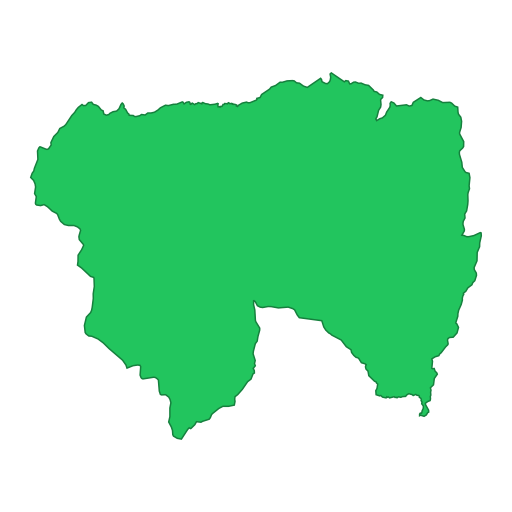 Mongua, Boyacá, Colombia
{"feature_id": "7082276B23995314387888", "entity_name": "Mongua", "entity_type": "district", "adm_level": 2, "iso_a3": "COL", "parent_name": "Colombia", "parent_adm1": "Boyacá", "projection": "natural_earth1", "projection_center": [-72.676, 5.698], "detail": "fine", "context": "isolated", "style": "filled", "palette": "green", "viewbox_px": 512, "rotation_deg": 0, "n_neighbors": 0, "source": "geoboundaries", "source_scale": "gbopen_adm2", "svg_char_len": 6006}
<svg xmlns="http://www.w3.org/2000/svg" viewBox="0 0 512 512"><path d="M82.0,104.5L78.3,107.4L76.3,109.8L74.7,112.4L71.8,115.5L65.8,124.6L64.1,126.2L59.8,128.5L57.8,132.5L53.8,136.5L50.9,142.6L51.2,145.0L48.6,148.7L47.6,149.3L46.3,149.3L40.4,146.9L39.7,146.9L38.8,148.0L37.5,151.0L37.9,159.4L34.4,168.3L33.8,171.0L32.2,173.2L30.7,177.5L33.6,180.4L35.1,183.9L35.6,187.0L34.6,193.6L36.3,196.6L35.4,203.1L35.7,204.2L36.6,205.0L40.6,205.6L44.1,204.6L47.5,206.7L52.2,211.1L56.6,213.4L57.6,214.5L59.4,219.2L60.7,221.4L64.3,224.5L68.4,225.5L74.0,225.5L77.5,226.9L80.0,228.9L80.6,230.4L79.2,235.2L78.9,236.8L79.3,239.6L83.4,244.5L83.6,245.5L81.6,249.8L78.1,255.2L78.0,261.6L77.5,265.1L81.6,268.0L90.5,276.4L93.7,277.4L94.0,278.3L94.3,286.6L93.2,293.8L93.3,298.5L92.2,307.4L91.6,310.3L90.6,312.6L86.4,317.1L84.4,325.5L85.2,332.5L86.1,333.9L88.8,336.0L91.7,336.2L98.1,339.0L103.4,343.0L109.2,348.7L122.6,360.2L126.0,365.1L127.0,368.1L133.0,365.7L137.6,365.0L140.0,365.3L140.7,366.7L140.1,375.1L141.1,377.7L141.9,378.5L142.9,378.9L153.8,377.2L155.4,377.5L157.4,378.9L158.4,380.0L159.3,391.1L160.4,394.4L161.6,394.9L165.6,394.7L168.8,397.1L170.1,399.6L170.9,402.8L169.9,408.0L169.9,416.6L168.7,422.0L171.4,427.1L172.5,430.5L172.8,434.7L173.5,436.1L177.2,438.3L181.4,439.1L187.7,429.4L189.2,427.8L190.6,428.6L191.0,428.4L194.8,424.7L196.5,421.7L201.0,422.2L202.6,421.3L209.2,419.2L210.3,417.7L211.6,414.5L212.7,413.4L218.9,408.4L222.9,406.3L228.6,406.3L234.3,405.1L235.0,401.5L234.7,399.1L235.0,396.7L237.7,394.6L242.3,389.4L247.6,381.7L251.0,379.1L253.0,373.9L254.4,373.0L254.3,370.6L253.2,368.4L255.3,365.8L254.5,363.6L255.2,360.5L253.1,353.8L253.4,351.2L255.3,343.7L257.2,341.1L257.9,336.7L259.7,330.1L259.7,328.1L255.8,321.7L255.4,320.4L254.8,309.9L253.6,304.8L253.6,300.7L254.0,300.6L255.3,301.7L257.4,305.7L260.1,307.1L262.6,307.5L268.1,306.5L271.2,306.6L278.4,307.9L288.2,307.1L292.7,308.6L294.6,309.8L297.2,314.9L299.3,317.7L321.8,320.7L323.8,327.0L325.8,330.1L328.8,333.0L330.4,333.8L331.8,335.1L341.2,340.0L346.3,346.7L351.0,349.7L351.6,352.5L353.8,355.4L356.1,357.4L357.4,357.6L358.7,358.4L361.4,362.7L365.0,363.8L366.2,364.7L365.5,366.4L365.6,367.6L366.1,369.2L368.0,371.1L368.8,375.7L374.5,381.2L376.1,381.9L376.5,383.0L377.7,384.0L377.0,388.5L375.8,390.7L376.1,394.7L379.7,395.9L380.8,395.5L382.5,397.1L386.1,397.9L386.8,396.8L387.4,397.3L388.3,396.9L389.6,397.9L394.2,396.7L395.1,397.5L396.1,397.2L397.0,397.8L398.5,396.8L400.8,397.3L402.5,396.6L405.6,396.4L406.8,394.9L408.8,393.7L412.2,394.6L413.2,395.5L415.8,394.4L417.0,395.3L418.8,395.5L419.3,396.2L419.3,397.2L420.9,398.4L421.3,399.3L421.1,400.6L422.0,402.1L421.7,403.8L423.3,405.9L423.3,408.3L422.1,410.9L421.8,412.7L421.5,413.2L420.3,413.1L419.6,414.1L419.6,415.7L420.6,415.2L424.1,416.3L426.4,414.9L427.6,412.7L428.7,412.1L428.6,410.2L425.6,404.8L425.3,403.3L427.8,401.5L430.1,400.6L430.5,398.9L430.3,396.6L430.8,395.1L430.6,392.1L431.0,390.2L430.4,387.8L433.5,384.8L434.3,378.5L437.3,374.2L436.8,372.9L435.0,371.0L434.2,368.5L432.5,368.7L431.8,368.3L432.5,361.3L431.8,358.9L435.1,356.8L438.8,355.7L439.8,353.8L441.1,352.8L445.6,346.9L447.9,344.6L448.1,343.6L447.5,340.2L447.9,338.6L449.5,337.5L453.2,337.2L457.0,333.0L458.5,327.4L456.7,323.7L455.9,323.2L455.8,322.6L457.8,316.3L457.9,313.6L458.7,310.1L461.2,304.5L462.4,300.1L462.3,298.1L463.0,295.5L463.7,294.6L463.4,293.2L465.8,291.3L467.8,287.9L471.9,284.8L472.8,282.6L474.8,280.7L476.5,275.3L476.3,273.1L474.3,269.6L474.1,267.6L477.0,260.8L477.2,252.4L479.6,246.7L479.7,242.9L481.3,235.8L481.1,232.9L480.3,232.6L473.8,235.6L468.7,236.7L466.7,236.7L463.9,235.5L461.9,235.2L464.3,230.9L464.4,229.3L463.0,224.6L463.0,223.0L463.3,221.2L465.0,218.0L464.7,214.0L466.6,210.9L467.7,204.7L468.0,200.9L467.8,194.6L468.1,192.6L469.5,188.7L469.1,185.8L469.9,177.7L469.1,173.3L465.9,172.5L465.0,171.7L462.3,167.4L461.8,162.3L459.5,154.6L459.3,152.7L459.7,150.8L462.6,148.1L463.6,146.5L463.7,141.6L459.6,133.9L459.6,132.3L461.1,127.5L461.6,121.4L460.8,117.2L458.5,114.2L458.0,112.2L457.7,107.1L454.7,106.1L451.6,103.1L449.9,102.3L442.7,102.6L438.3,100.3L433.0,99.1L429.7,100.6L427.6,100.9L424.0,100.0L420.8,97.5L413.3,102.3L411.9,105.5L409.2,106.1L406.5,104.8L396.5,106.0L393.9,103.0L391.2,101.8L390.1,103.3L390.2,105.7L389.8,107.3L386.7,112.0L385.4,115.3L382.4,117.9L379.8,118.7L376.7,120.6L375.8,118.9L377.0,116.8L378.6,110.3L380.6,107.2L381.0,104.6L380.6,100.0L380.9,99.2L382.6,97.5L382.8,95.2L379.5,94.4L376.8,92.0L374.1,91.4L373.4,90.1L368.6,85.4L365.1,84.8L361.1,83.1L358.7,83.3L355.4,82.0L353.6,82.2L351.0,83.8L349.7,83.9L348.4,81.1L345.8,80.6L344.3,81.8L331.3,72.9L330.1,74.0L330.7,77.3L330.2,80.4L329.4,81.9L327.4,83.7L325.5,83.5L322.0,81.7L321.5,79.4L320.6,78.3L307.3,87.4L303.5,86.1L299.5,83.2L296.5,82.8L294.2,80.9L292.5,80.6L287.0,80.9L282.3,82.3L280.1,82.2L275.6,85.5L271.2,87.1L269.6,89.1L261.6,94.5L260.1,97.5L256.8,98.4L257.0,99.3L256.3,100.1L250.0,102.7L248.2,102.8L246.5,102.1L242.2,103.1L238.3,105.4L237.6,106.5L236.4,106.0L236.6,105.0L234.8,104.3L233.3,104.4L232.8,103.7L232.2,104.1L231.6,103.4L229.8,103.7L228.7,102.7L228.2,102.8L227.6,103.8L224.7,103.5L224.2,104.4L223.1,104.4L222.0,106.4L220.7,106.4L220.5,107.0L219.8,107.1L219.4,106.6L218.1,106.8L217.8,105.1L218.2,103.8L217.6,103.4L215.1,104.2L209.9,104.8L208.0,104.0L205.4,103.7L202.7,102.5L202.1,102.8L201.8,103.8L198.2,102.6L197.2,103.6L195.8,103.7L194.7,104.6L192.2,103.1L190.7,104.4L190.3,104.3L189.8,102.4L189.0,101.8L186.4,102.3L184.1,103.9L182.9,102.1L182.3,101.9L176.7,104.2L173.3,104.3L168.4,105.6L165.5,105.2L160.4,107.8L158.0,110.0L154.5,112.2L151.1,113.0L147.8,113.0L145.1,115.0L141.5,114.5L139.8,115.7L135.9,116.6L134.6,116.5L133.2,115.5L129.2,115.3L128.9,114.1L127.6,113.0L125.6,109.3L123.9,107.9L123.8,107.2L124.2,106.1L123.2,103.9L122.2,103.0L121.0,104.4L119.0,108.8L116.6,111.1L113.1,111.7L109.8,113.4L108.9,114.5L106.4,115.2L103.8,114.0L103.1,110.8L101.3,110.0L98.4,106.4L96.1,105.1L93.3,104.4L91.6,102.2L88.5,102.6L85.7,105.5L83.4,105.6L82.0,104.5Z" fill="#22c55e" stroke="#15803d" stroke-width="1.5"/></svg>